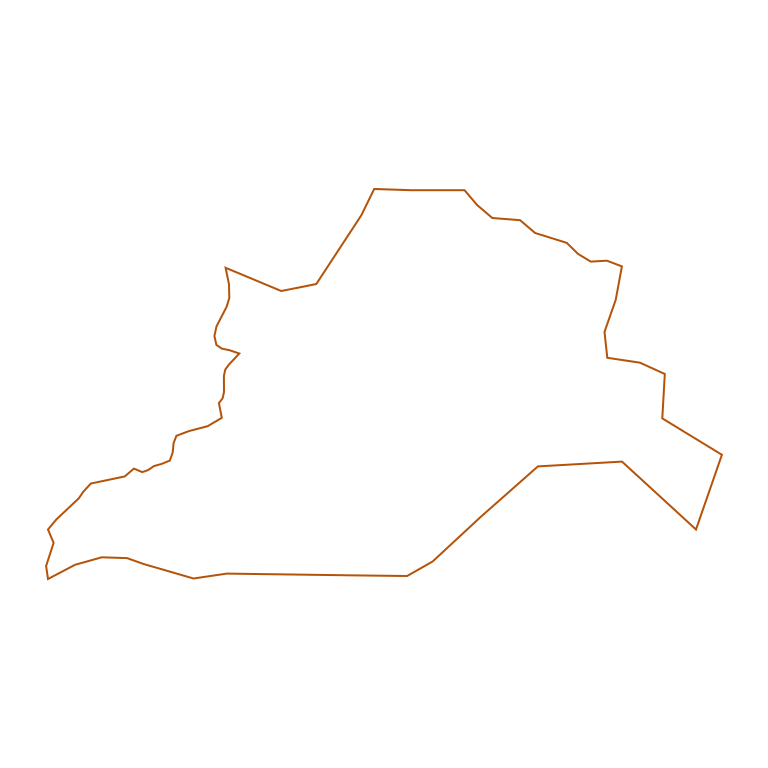 the border of Apac
{"feature_id": "UGA-5604", "entity_name": "Apac", "entity_type": "District", "adm_level": 1, "iso_a3": "UGA", "parent_name": "Uganda", "parent_adm1": "", "projection": "mercator", "projection_center": [32.461, 1.914], "detail": "fine", "context": "isolated", "style": "outline", "palette": "amber", "viewbox_px": 768, "rotation_deg": 0, "n_neighbors": 0, "source": "natural_earth", "source_scale": "10m", "svg_char_len": 994}
<svg xmlns="http://www.w3.org/2000/svg" viewBox="0 0 768 768"><path d="M193.5,578.5L143.9,564.1L127.0,558.1L101.8,557.3L75.0,564.8L48.0,579.0L46.1,566.0L53.6,542.9L48.0,529.5L56.3,519.5L78.8,498.3L83.5,491.5L90.9,483.5L124.8,476.4L133.9,468.6L142.2,472.1L148.1,470.1L153.9,466.1L161.4,464.0L169.8,460.6L172.7,452.5L173.6,443.1L176.4,435.8L188.9,431.1L207.8,426.1L221.8,417.8L218.9,403.1L222.6,398.3L224.0,392.0L223.9,375.8L225.3,369.5L229.1,364.4L239.3,353.5L229.8,350.3L221.8,348.6L216.4,344.9L214.4,336.0L216.5,326.4L226.5,307.0L229.3,298.1L229.0,284.3L225.6,267.8L281.2,291.0L316.3,284.0L361.3,215.3L374.2,189.0L411.0,190.2L464.5,190.2L477.3,205.2L492.3,218.0L520.1,220.2L535.1,233.0L566.8,242.9L578.0,253.9L590.8,261.6L606.9,260.7L621.9,266.4L615.7,299.9L604.5,331.9L607.3,357.8L640.0,362.7L664.8,374.0L662.3,418.4L721.9,454.8L696.0,529.5L622.0,461.6L537.9,466.4L480.8,516.8L432.6,561.5L407.1,576.0L355.7,575.4L226.8,573.6L193.5,578.5Z" fill="none" stroke="#b45309" stroke-width="2"/></svg>